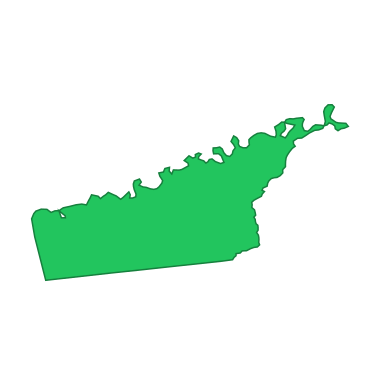 the district of Ribeirão do Pinhal, Paraná, Brazil, rotated 84°
{"feature_id": "56859067B72697987592890", "entity_name": "Ribeirão do Pinhal", "entity_type": "district", "adm_level": 2, "iso_a3": "BRA", "parent_name": "Brazil", "parent_adm1": "Paraná", "projection": "equal_earth", "projection_center": [-50.43, -23.422], "detail": "fine", "context": "isolated", "style": "filled", "palette": "green", "viewbox_px": 384, "rotation_deg": 84, "n_neighbors": 0, "source": "geoboundaries", "source_scale": "gbopen_adm2", "svg_char_len": 3106}
<svg xmlns="http://www.w3.org/2000/svg" viewBox="0 0 384 384"><g transform="rotate(84 192 192)"><path d="M140.0,53.8L139.1,56.4L138.1,62.1L139.4,65.0L142.4,68.3L143.7,70.6L142.7,73.9L138.3,75.4L135.8,75.1L133.9,74.3L131.6,72.9L129.6,74.4L129.6,77.7L129.6,80.6L129.9,83.7L129.3,87.1L129.9,90.7L132.4,92.7L131.8,95.4L133.9,98.7L136.0,103.0L140.3,102.1L143.9,102.2L146.2,103.3L144.7,108.1L141.3,113.4L140.4,117.0L140.6,120.9L142.2,124.6L144.2,127.9L145.9,129.9L148.5,130.1L151.1,130.0L153.7,133.1L153.4,136.5L151.7,139.9L149.2,140.9L145.9,140.2L142.6,141.9L140.6,144.7L145.8,147.9L149.3,145.6L152.6,144.3L155.3,146.9L158.3,147.9L160.6,150.7L159.5,153.9L156.3,156.2L152.4,157.4L150.2,159.7L150.6,163.1L150.4,166.3L153.1,166.8L156.3,166.5L156.7,161.6L159.3,159.0L162.9,158.0L165.9,157.1L166.7,160.6L164.2,165.6L161.2,168.6L161.5,171.4L163.6,173.0L164.7,175.2L162.2,177.1L161.2,179.4L159.7,182.2L157.5,181.6L155.2,178.9L153.9,181.4L155.1,184.8L157.6,184.8L158.4,187.6L155.7,191.2L159.9,196.5L162.9,192.9L165.6,192.7L168.5,199.7L168.9,202.5L168.1,208.2L169.9,209.1L172.0,210.2L168.8,212.5L165.1,211.8L165.8,216.5L169.1,218.3L169.6,223.0L173.0,222.3L177.5,220.0L180.0,221.0L183.4,224.2L185.0,226.6L185.4,229.7L184.5,233.1L182.6,237.0L181.9,240.1L179.7,244.0L176.8,241.4L173.6,242.9L175.0,248.2L177.9,249.5L180.3,249.6L183.6,249.2L188.2,247.9L190.9,248.4L191.8,251.9L191.4,254.6L188.3,253.7L185.3,254.8L190.0,260.8L191.8,263.7L187.9,267.9L186.6,270.3L183.6,275.3L185.8,278.2L186.9,280.5L189.0,283.7L186.4,285.8L184.3,292.2L187.5,294.1L189.4,295.5L193.8,298.3L192.5,302.9L192.6,308.6L193.6,315.5L193.9,318.5L194.3,321.8L195.5,324.1L196.7,326.3L196.4,330.2L197.6,334.3L194.1,338.1L193.3,343.8L194.7,349.3L197.0,351.6L201.9,354.3L220.1,353.1L264.5,346.7L264.1,282.5L264.1,248.7L264.0,224.3L263.9,168.9L263.6,158.7L261.4,157.0L260.0,154.9L257.9,154.6L257.7,150.4L255.8,148.2L256.1,143.9L254.4,139.5L253.6,136.2L253.5,132.7L251.6,130.3L249.2,130.9L246.3,130.4L244.0,130.3L241.8,130.5L239.0,132.0L236.9,130.3L234.2,130.0L232.0,130.0L230.3,131.6L228.2,132.0L225.8,132.0L223.5,133.1L221.7,131.1L219.2,131.3L216.3,131.7L213.7,134.1L211.0,133.5L208.5,133.7L206.7,131.3L205.2,127.8L203.5,123.4L201.4,122.4L199.1,119.9L197.6,122.2L195.4,120.9L194.1,116.7L190.9,115.7L188.8,114.2L186.9,111.7L186.4,108.8L186.4,105.9L184.9,102.5L182.5,99.7L179.3,99.5L176.6,96.4L174.5,96.2L171.1,95.7L167.7,94.8L165.4,93.4L162.4,91.0L159.0,87.6L157.3,84.6L154.9,86.0L152.0,85.9L149.6,81.4L149.8,77.2L147.8,73.1L145.6,69.1L143.5,63.5L143.5,59.6L142.4,55.3L140.0,53.8ZM132.4,92.7L133.7,90.4L136.2,82.7L139.0,84.8L141.6,88.2L143.5,90.0L145.3,91.1L147.9,93.6L145.2,98.3L142.9,96.9L141.1,94.1L138.9,92.3L132.4,92.7ZM196.7,326.3L198.9,324.1L200.6,322.5L202.2,320.7L204.4,320.6L204.0,324.6L196.7,326.3ZM146.3,40.4L144.7,37.2L144.4,33.7L143.1,29.7L139.8,31.8L138.6,39.1L137.7,41.6L135.7,43.9L133.7,46.3L131.2,46.8L127.6,44.9L122.4,41.6L119.9,43.5L119.5,47.5L122.3,51.0L125.8,52.6L129.3,52.5L135.7,52.0L137.9,52.8L140.0,53.8L139.4,50.6L137.6,48.5L139.1,45.3L141.2,43.1L144.1,42.9L146.3,40.4Z" fill="#22c55e" stroke="#15803d" stroke-width="1.5"/></g></svg>